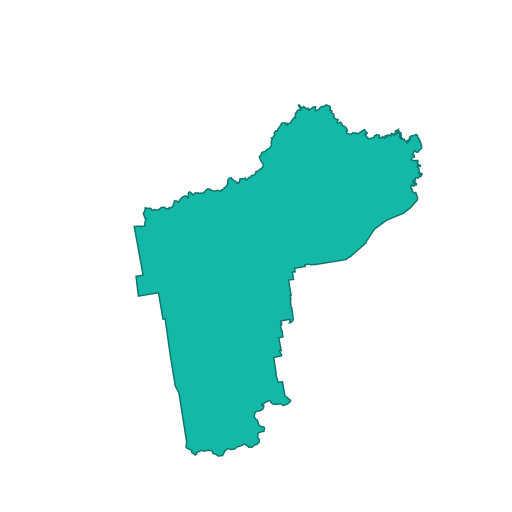 Chascomús, Buenos Aires, Argentina (orthographic projection), rotated 308°
{"feature_id": "61730980B62875315745131", "entity_name": "Chascomús", "entity_type": "district", "adm_level": 2, "iso_a3": "ARG", "parent_name": "Argentina", "parent_adm1": "Buenos Aires", "projection": "orthographic", "projection_center": [-57.761, -35.598], "detail": "fine", "context": "isolated", "style": "filled", "palette": "teal", "viewbox_px": 512, "rotation_deg": 308, "n_neighbors": 0, "source": "geoboundaries", "source_scale": "gbopen_adm2", "svg_char_len": 6141}
<svg xmlns="http://www.w3.org/2000/svg" viewBox="0 0 512 512"><g transform="rotate(308 256 256)"><path d="M293.9,189.7L291.1,189.6L290.4,188.9L289.6,189.4L287.9,189.1L287.4,188.4L285.3,188.0L283.9,185.1L282.0,183.9L280.2,180.8L280.4,179.2L279.7,178.8L280.0,178.3L279.3,176.7L277.0,176.0L275.0,176.3L274.2,175.6L272.4,175.4L271.5,173.6L270.1,172.5L270.1,171.4L269.2,171.1L269.0,170.0L268.0,169.2L265.5,169.0L265.2,168.3L265.8,166.7L265.7,164.5L265.3,163.9L263.5,164.1L261.9,165.8L260.7,165.9L260.1,166.6L259.8,166.1L260.4,165.2L260.0,163.5L257.6,161.9L252.8,161.4L250.9,162.2L250.5,161.7L250.7,160.1L249.2,157.7L247.5,158.7L243.2,159.9L241.8,158.9L240.6,158.7L240.5,157.7L239.2,158.2L238.0,155.9L238.0,154.1L237.3,152.7L235.0,151.2L232.1,150.8L230.5,148.7L230.2,147.3L228.0,146.5L228.6,144.5L228.4,143.2L225.9,140.0L225.9,139.0L223.2,140.6L220.1,141.0L217.4,145.5L217.8,146.4L216.0,146.9L212.5,148.8L211.6,150.1L210.4,149.3L209.8,148.2L208.1,147.4L208.2,146.2L206.7,145.0L206.5,144.1L204.8,142.8L204.4,141.8L171.4,178.8L166.1,174.0L152.0,188.0L167.0,201.8L149.0,221.6L150.6,223.1L126.2,248.3L103.9,272.4L100.6,279.7L67.8,314.7L67.5,315.6L62.3,318.4L62.0,320.1L63.4,325.2L61.5,326.3L61.8,330.7L63.7,331.1L64.1,330.3L65.1,330.0L66.5,331.5L69.3,332.6L70.3,335.2L73.2,337.7L75.2,340.5L75.2,341.8L74.0,343.3L74.4,345.2L75.2,346.2L75.0,348.9L76.1,350.6L77.6,351.6L78.0,352.5L83.7,351.5L86.8,352.5L87.5,353.2L87.9,355.3L91.0,358.1L93.8,358.5L98.6,361.8L100.9,362.5L101.2,365.7L100.9,368.1L103.0,370.7L106.1,371.0L108.2,372.8L111.3,373.0L113.2,371.8L114.3,369.0L117.3,366.8L119.0,367.0L120.1,368.2L121.5,368.7L122.5,370.2L125.0,369.1L125.9,368.3L126.0,367.5L124.3,363.3L125.1,361.4L127.0,359.1L127.4,357.9L127.3,355.9L128.4,353.5L131.4,351.8L133.4,351.7L137.2,354.9L139.1,355.5L141.0,355.4L142.9,354.3L142.8,353.5L141.9,352.4L143.3,351.9L144.3,352.8L149.2,354.7L150.4,356.0L150.6,356.7L149.7,358.2L149.7,360.1L151.1,362.8L154.8,366.5L154.9,369.5L158.6,371.9L162.4,372.6L163.5,372.3L163.7,364.7L173.2,354.3L170.2,351.3L174.8,344.5L175.4,344.7L187.0,332.4L193.0,337.5L193.7,337.3L195.6,332.7L197.0,334.1L205.5,324.4L208.9,327.0L213.1,322.5L212.6,322.2L214.3,320.3L217.1,317.5L217.6,318.2L217.7,317.7L218.6,317.7L219.0,317.3L218.7,316.8L220.0,315.5L226.8,321.5L226.8,322.3L223.9,323.5L225.2,324.5L228.6,324.7L237.2,316.1L237.4,314.9L243.1,309.7L243.3,310.1L246.1,307.1L246.7,307.8L257.1,296.4L260.7,300.0L265.7,294.6L267.6,296.6L270.1,293.9L278.1,301.2L279.2,299.9L282.0,302.4L282.9,304.7L286.2,308.4L308.9,329.3L309.8,329.2L313.4,330.7L334.0,334.6L335.9,333.9L350.1,332.8L364.7,336.9L380.6,345.9L389.0,348.0L399.5,348.6L401.2,347.6L404.2,343.2L404.2,342.6L402.8,342.1L402.5,341.2L403.3,340.0L403.5,338.8L404.7,338.2L404.8,336.0L406.1,335.6L406.7,334.9L407.7,335.1L407.8,336.6L408.5,337.5L410.7,336.2L411.1,336.4L410.1,337.7L410.6,338.5L411.5,338.2L412.4,335.7L412.1,335.3L410.9,335.5L410.4,334.4L412.2,333.3L414.1,334.9L415.1,333.6L415.8,333.5L416.6,334.1L417.0,335.8L418.7,335.8L419.8,336.8L420.6,336.7L420.8,335.2L421.5,334.9L421.6,336.6L422.6,336.7L423.0,335.9L422.7,334.6L421.4,333.8L421.4,333.0L423.0,332.8L425.2,330.3L425.6,327.8L426.6,328.0L427.5,330.2L428.7,329.9L428.1,328.0L428.4,325.5L430.2,325.6L430.7,325.0L430.7,324.2L429.1,322.9L428.7,321.7L427.9,320.9L427.7,319.7L428.2,318.6L429.6,318.4L430.8,319.6L431.7,319.8L432.7,318.7L432.4,316.6L434.4,316.6L436.0,316.0L436.9,316.5L436.6,318.3L437.1,319.5L443.0,320.0L445.1,318.5L445.0,318.1L446.9,315.8L447.0,314.7L447.6,314.6L448.4,312.4L449.0,312.1L448.9,310.5L450.2,309.2L450.0,308.5L450.5,307.9L450.2,307.3L447.0,305.5L446.4,304.5L444.0,303.9L443.3,305.3L441.9,304.6L441.2,305.7L440.4,304.4L439.5,305.8L437.9,305.3L439.1,304.1L438.5,303.0L438.5,301.8L439.4,300.9L438.7,300.0L438.6,298.8L437.5,298.3L437.5,297.7L439.1,297.5L439.2,297.1L438.2,296.5L438.6,295.4L439.3,295.4L439.6,296.3L440.5,296.2L439.9,294.8L440.4,294.1L440.9,294.1L441.4,294.9L442.1,294.7L442.2,294.0L441.0,293.8L440.5,292.7L442.0,293.0L441.9,291.8L442.6,291.5L442.1,290.8L443.3,290.3L440.3,289.0L439.7,289.6L441.0,290.0L440.6,291.2L440.0,291.1L439.1,289.7L438.7,290.0L439.1,290.5L438.5,291.2L436.9,291.1L437.5,289.6L436.7,290.4L436.4,290.2L435.9,289.1L436.6,288.6L436.0,287.2L433.8,288.3L433.1,287.7L433.5,287.1L433.2,286.0L432.0,285.4L430.9,285.8L431.3,285.0L430.4,284.9L430.5,284.1L429.9,283.8L428.9,285.0L427.8,284.7L428.1,283.5L427.9,282.0L426.5,282.5L425.2,280.5L425.3,279.7L426.0,279.9L427.0,279.0L425.9,276.3L423.1,275.4L422.0,276.0L417.9,273.0L417.9,270.8L418.7,267.0L419.5,267.1L419.9,268.1L421.6,267.7L421.3,266.0L422.4,264.0L422.2,263.5L414.9,261.0L414.4,258.8L413.1,257.6L412.9,256.6L410.8,256.0L409.4,254.5L408.7,252.0L409.8,250.4L410.8,251.1L411.4,250.6L412.7,247.2L412.1,243.7L413.2,241.8L413.4,240.2L412.9,239.5L411.4,239.4L411.0,238.4L411.9,237.0L413.6,237.0L414.1,236.6L413.1,235.0L412.6,232.5L413.7,232.0L414.1,231.1L415.5,230.2L415.4,227.1L417.0,226.5L416.1,224.2L417.5,224.1L417.7,223.5L419.0,223.0L419.4,221.7L418.6,219.8L418.6,218.7L417.6,217.9L416.3,217.9L414.2,215.8L413.0,215.2L409.9,215.2L407.2,213.7L407.9,212.6L410.1,211.3L410.0,210.6L408.5,209.4L403.3,208.1L403.3,207.6L404.7,206.4L403.0,204.8L403.1,201.4L401.5,201.5L400.8,200.3L401.7,197.8L401.1,196.6L400.7,196.8L400.6,198.2L399.7,199.0L399.6,200.5L398.6,201.5L397.8,201.0L397.6,199.7L396.2,199.0L394.2,199.6L392.7,199.2L391.9,200.1L389.8,200.9L389.1,202.0L388.3,201.0L387.3,200.7L381.5,201.0L380.2,200.2L380.0,199.4L378.6,200.2L378.3,199.5L379.0,198.0L378.9,197.0L376.4,194.4L374.7,195.0L369.5,195.2L368.3,195.8L367.1,195.3L366.7,194.4L364.2,194.6L363.5,195.9L361.0,196.3L359.9,196.3L358.4,195.5L358.1,196.8L355.0,197.8L353.3,199.7L350.0,200.5L346.3,199.0L344.2,199.0L341.2,196.8L339.3,197.7L336.2,197.6L334.0,201.1L332.8,205.2L330.3,206.7L323.8,205.0L322.3,204.0L321.7,204.6L319.5,204.9L317.8,204.2L316.7,202.9L314.9,203.2L313.5,202.0L310.0,202.0L309.8,201.5L310.9,199.6L309.2,198.8L308.1,197.0L306.6,195.9L304.8,197.3L302.8,197.5L302.9,196.3L301.8,196.2L301.7,195.7L301.8,194.7L302.4,194.2L301.8,192.9L302.0,189.5L302.5,188.5L300.6,186.9L297.7,187.3L297.4,188.1L293.9,189.7Z" fill="#14b8a6" stroke="#0f766e" stroke-width="1.5"/></g></svg>